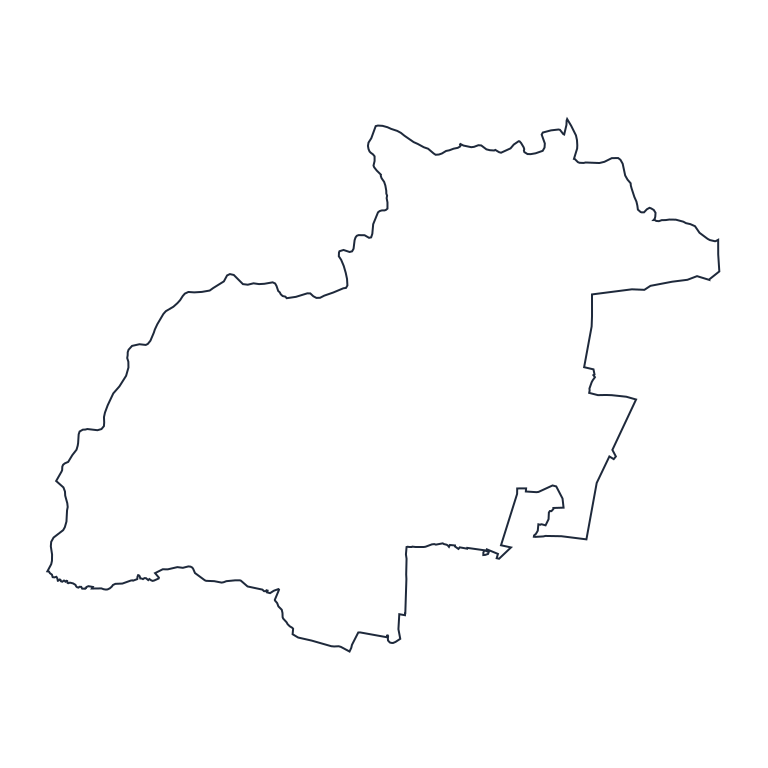 the district of Tonalá, Jalisco, Mexico, rotated 271°
{"feature_id": "50627088B51379954961865", "entity_name": "Tonalá", "entity_type": "district", "adm_level": 2, "iso_a3": "MEX", "parent_name": "Mexico", "parent_adm1": "Jalisco", "projection": "orthographic", "projection_center": [-103.228, 20.618], "detail": "fine", "context": "isolated", "style": "outline", "palette": "slate", "viewbox_px": 768, "rotation_deg": 271, "n_neighbors": 0, "source": "geoboundaries", "source_scale": "gbopen_adm2", "svg_char_len": 6097}
<svg xmlns="http://www.w3.org/2000/svg" viewBox="0 0 768 768"><g transform="rotate(271 384 384)"><path d="M132.2,297.0L129.0,302.6L126.2,316.1L120.9,335.9L120.7,338.8L121.0,343.3L120.4,345.5L115.9,354.2L119.7,355.9L122.6,356.5L135.1,362.6L135.2,364.5L130.8,391.6L132.5,391.4L132.7,392.1L132.1,392.5L129.7,392.3L127.6,392.5L125.7,394.3L125.3,395.7L125.2,397.5L126.3,400.0L129.5,404.7L139.1,402.7L154.1,403.3L153.2,409.0L155.2,409.0L155.2,409.3L189.4,409.8L194.0,409.5L209.7,409.6L214.0,408.9L221.4,409.4L221.7,410.6L221.5,411.7L221.5,414.6L221.9,415.1L221.6,418.1L221.7,426.5L222.0,428.3L224.5,434.7L224.8,437.1L224.3,438.7L225.7,445.5L225.0,446.7L224.4,449.4L223.7,450.6L222.3,451.8L224.2,452.7L223.8,457.8L222.8,457.8L220.4,461.3L222.0,462.6L220.8,470.0L221.6,470.1L219.5,487.3L217.3,486.3L214.7,486.3L214.9,488.2L215.9,491.0L217.9,491.7L218.8,489.1L220.5,489.7L216.1,500.9L211.8,499.7L211.3,502.1L222.8,513.8L224.8,503.8L276.4,519.0L281.9,519.0L282.1,527.9L279.0,527.7L278.5,538.4L278.8,540.4L285.5,554.3L284.6,558.0L272.6,564.5L263.5,565.7L263.0,555.5L261.9,555.5L259.8,553.6L259.9,552.1L258.4,551.1L251.7,550.9L245.5,548.0L246.5,544.1L246.4,543.3L246.0,542.7L246.4,540.8L240.0,540.3L236.8,538.5L235.2,536.7L233.9,536.5L233.8,538.1L234.4,546.1L234.9,548.0L234.9,564.0L232.2,589.1L288.8,598.4L315.5,610.6L312.9,615.0L315.6,617.1L322.1,613.5L372.9,636.3L375.5,626.5L376.8,611.9L376.9,606.2L376.6,598.1L378.7,589.3L381.1,589.7L383.1,589.5L389.4,591.6L391.5,592.7L394.5,594.8L396.5,593.2L397.2,594.3L402.3,593.2L404.3,583.8L445.1,590.6L455.4,590.8L477.2,590.4L483.0,630.2L482.7,642.7L486.8,648.7L491.3,670.3L493.5,685.6L497.3,695.1L493.8,707.3L494.1,707.2L502.4,717.3L519.4,715.9L534.0,715.6L532.7,713.3L532.5,712.5L533.6,707.3L534.8,705.0L540.7,696.8L547.2,692.2L549.2,687.5L550.1,683.1L551.5,680.5L553.4,672.9L553.4,666.4L552.8,662.7L552.7,658.9L551.6,656.0L551.8,653.3L552.6,652.1L552.6,650.6L554.0,651.8L555.9,652.3L559.9,652.5L562.7,650.7L564.2,648.1L564.8,646.4L563.3,643.8L560.2,641.0L560.1,638.8L560.4,637.6L562.8,634.8L566.8,634.2L570.8,633.2L575.3,631.1L583.7,628.2L586.8,627.3L589.0,627.1L592.6,623.9L596.7,621.5L608.4,618.8L612.3,616.5L614.0,614.2L613.8,607.8L610.0,600.5L608.7,595.5L609.0,581.8L608.5,579.7L608.6,575.6L609.2,574.0L612.2,570.9L612.4,570.0L622.8,573.0L626.0,573.1L631.2,572.7L635.9,571.6L645.5,566.6L652.1,562.5L650.6,562.0L646.2,561.9L636.6,559.8L637.0,558.9L641.2,555.5L641.5,554.0L640.5,546.5L638.2,538.4L636.1,537.3L627.3,540.6L623.2,540.4L619.9,538.6L617.3,531.5L616.4,526.7L616.4,523.5L618.3,520.3L619.8,519.8L621.3,520.1L623.1,519.5L627.3,516.9L629.0,515.3L629.1,514.4L625.7,509.6L621.8,506.4L617.3,497.0L617.8,495.0L620.0,491.2L619.4,490.1L619.6,485.8L620.4,482.3L624.2,477.1L624.4,474.2L622.7,469.9L622.3,467.1L623.8,459.3L625.3,456.2L624.7,455.8L623.5,456.3L622.7,455.8L621.4,453.6L620.5,449.5L618.8,445.2L618.1,442.0L615.5,437.9L614.4,434.9L614.1,431.6L615.4,429.6L620.0,424.0L621.4,419.7L624.6,413.6L626.4,409.4L632.6,400.1L635.4,396.5L637.3,392.8L639.2,386.7L640.8,383.0L642.1,378.0L642.3,373.4L641.7,371.2L629.5,367.0L625.1,364.3L621.8,363.8L618.7,364.4L616.2,365.5L615.0,366.7L613.4,369.0L611.5,370.6L606.8,370.7L602.2,369.7L600.5,370.4L597.3,373.0L593.2,377.3L592.1,377.1L589.7,378.0L586.1,380.6L582.4,381.9L577.2,382.9L574.4,383.0L572.4,383.8L569.9,383.4L565.6,384.3L559.4,384.4L558.1,382.9L557.6,381.6L557.5,378.7L556.8,376.6L555.5,375.0L543.6,370.4L534.0,369.7L530.4,368.6L529.9,366.5L532.4,362.0L532.4,355.9L531.7,354.2L530.1,353.0L527.3,352.1L518.7,351.2L516.1,349.8L515.4,347.3L517.3,341.2L516.0,337.2L514.7,336.7L510.9,336.6L507.4,339.0L501.3,341.7L494.5,343.8L488.4,345.2L481.9,345.7L479.4,344.3L479.0,341.7L474.6,331.7L471.3,322.7L469.1,318.6L468.9,314.9L470.5,311.8L473.3,308.7L473.3,305.7L469.6,294.4L468.1,285.2L469.6,283.9L470.2,281.1L471.9,279.2L473.8,278.2L475.2,276.6L480.2,274.8L482.6,273.4L483.7,270.9L482.1,262.6L481.7,257.3L482.4,251.8L480.9,246.1L481.4,241.2L490.4,231.9L491.2,228.0L489.8,225.2L483.8,222.1L477.0,211.6L474.4,208.1L472.9,200.3L472.3,192.7L472.6,186.8L470.9,183.3L468.4,181.2L464.3,178.7L461.2,176.0L457.6,172.1L453.0,164.6L450.2,162.2L439.8,156.3L434.4,153.9L431.4,153.0L423.2,149.7L419.9,147.1L418.9,145.1L419.5,138.8L417.7,131.4L413.8,128.0L411.3,127.2L408.3,127.2L405.5,126.8L401.8,128.0L396.0,128.2L387.7,126.0L377.0,119.5L369.9,113.5L357.9,108.1L350.5,105.5L346.0,104.6L340.6,104.9L337.0,104.7L334.0,102.3L332.8,98.3L333.8,88.2L333.2,86.0L333.1,83.7L331.2,80.5L328.4,79.6L319.6,79.2L316.9,78.8L312.9,77.7L307.6,73.7L300.6,69.6L299.1,66.3L297.7,64.6L295.8,63.8L292.3,63.7L290.8,63.1L281.3,57.9L275.0,65.3L270.9,66.9L266.8,67.2L259.3,69.4L255.5,69.9L252.1,69.3L240.9,68.9L235.3,67.4L232.3,65.8L224.7,56.3L220.4,54.0L215.9,53.7L207.7,55.1L201.4,55.1L198.0,54.4L190.8,50.7L190.6,52.3L189.0,53.3L187.6,55.3L185.1,56.1L184.9,57.8L185.5,59.8L183.9,60.8L181.6,61.3L181.7,61.9L182.9,63.3L182.3,64.1L181.1,64.5L180.7,65.8L181.9,67.4L181.8,67.9L180.8,68.9L181.7,70.0L181.5,70.7L179.7,71.0L179.3,71.7L179.9,73.5L179.2,76.6L177.8,79.0L176.2,79.8L175.4,80.8L175.1,82.1L175.9,83.0L175.9,84.8L174.1,85.8L174.1,88.7L174.6,88.9L174.7,89.6L175.8,90.0L176.7,92.0L176.0,96.4L174.4,95.5L174.7,105.0L173.9,107.3L173.6,109.6L173.8,111.2L174.9,113.4L176.6,115.3L178.3,116.5L179.5,118.9L179.9,125.9L183.1,134.4L183.3,136.0L183.0,136.5L184.6,140.7L187.0,140.9L188.6,141.5L188.5,142.1L187.5,143.1L185.3,143.7L185.3,145.0L184.7,146.4L185.7,147.8L185.7,149.4L183.8,151.7L184.9,152.8L183.6,154.7L183.1,156.1L183.5,157.6L185.6,162.1L186.5,162.3L190.9,158.4L194.9,166.0L194.9,171.0L197.3,180.6L196.7,186.1L198.2,191.6L198.0,193.8L197.1,195.5L195.9,196.4L191.7,198.3L184.6,208.3L184.1,209.6L183.9,217.7L182.6,225.1L183.0,227.1L184.1,229.8L185.1,238.6L185.2,243.2L184.9,244.3L179.2,251.1L176.3,266.0L174.8,267.6L174.7,269.4L175.7,270.1L175.4,271.2L173.6,270.8L172.9,273.7L175.4,277.5L177.1,282.0L176.6,282.6L175.6,282.3L166.3,278.6L165.7,278.7L163.1,281.0L159.8,282.3L156.5,285.7L153.3,286.5L149.1,286.7L147.7,287.3L144.0,290.8L142.2,291.8L140.1,294.0L138.6,296.6L137.7,297.4L132.2,297.0Z" fill="none" stroke="#1e293b" stroke-width="2"/></g></svg>